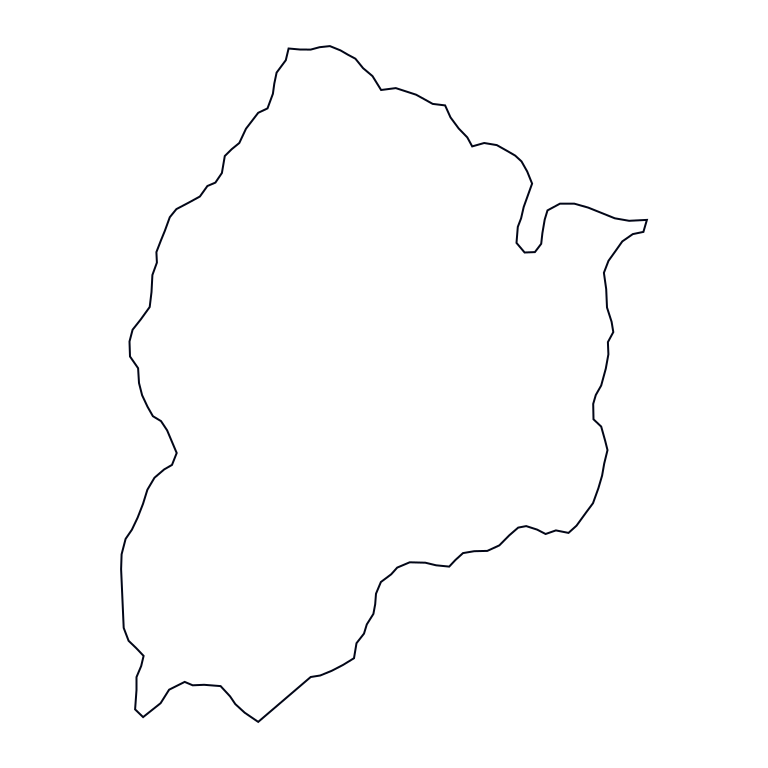 Santa Rosa de Viterbo, São Paulo, Brazil (Albers equal-area conic projection)
{"feature_id": "56859067B40365394318179", "entity_name": "Santa Rosa de Viterbo", "entity_type": "district", "adm_level": 2, "iso_a3": "BRA", "parent_name": "Brazil", "parent_adm1": "São Paulo", "projection": "albers", "projection_center": [-47.361, -21.505], "detail": "fine", "context": "isolated", "style": "outline", "palette": "ink", "viewbox_px": 768, "rotation_deg": 0, "n_neighbors": 0, "source": "geoboundaries", "source_scale": "gbopen_adm2", "svg_char_len": 2088}
<svg xmlns="http://www.w3.org/2000/svg" viewBox="0 0 768 768"><path d="M310.7,49.6L299.8,49.5L288.6,48.5L285.8,60.2L276.6,72.6L274.3,83.6L272.9,93.8L267.5,108.4L258.2,112.8L246.0,128.7L239.3,143.0L231.7,149.2L224.8,156.0L221.9,173.0L215.4,182.6L207.4,186.0L199.9,196.5L188.2,202.9L176.4,209.1L169.8,217.2L164.9,230.7L160.9,240.5L156.4,252.1L156.9,262.6L152.4,275.0L151.5,292.1L149.7,307.0L140.7,319.5L132.6,329.7L129.5,341.5L130.0,356.5L138.1,368.2L139.0,383.0L142.1,395.2L147.5,406.7L152.9,416.2L161.0,421.1L167.1,430.3L176.7,453.0L172.0,464.9L164.2,469.4L154.5,477.7L147.4,489.7L143.0,503.9L137.6,517.7L131.9,529.7L125.6,538.9L121.6,554.3L121.1,569.1L123.7,627.9L128.6,640.8L136.3,648.2L143.6,655.9L141.2,666.0L136.5,677.1L136.5,690.0L135.1,709.4L143.1,717.1L160.6,703.2L169.1,689.7L184.7,681.9L192.7,685.3L204.1,684.8L220.6,686.1L230.1,696.4L235.3,704.1L244.7,712.7L258.2,721.9L310.7,677.0L320.2,675.5L331.7,670.8L342.9,665.0L354.0,658.2L356.5,643.2L364.0,633.6L366.8,624.4L373.4,613.9L375.2,604.2L376.0,593.7L380.9,582.0L391.2,574.3L397.2,567.6L409.7,562.3L425.3,562.7L436.1,565.3L449.2,566.6L455.5,559.9L463.0,553.1L474.2,551.2L487.3,550.9L499.3,545.4L509.3,535.3L518.2,527.6L526.2,526.1L537.1,529.6L545.6,534.0L555.9,530.4L568.5,532.9L576.5,525.7L586.3,512.2L593.0,503.2L598.4,488.2L602.1,475.6L604.2,463.6L607.5,450.1L605.2,440.9L601.2,426.6L593.5,419.3L593.2,403.9L595.8,395.0L601.2,385.5L605.8,368.6L608.4,354.3L607.9,342.1L613.3,332.1L611.6,321.8L607.0,307.5L606.2,289.1L603.9,272.8L608.5,260.8L615.1,251.6L622.3,241.4L632.8,234.1L643.4,231.9L646.9,219.9L629.1,220.8L614.8,218.3L588.2,207.6L574.4,203.7L559.9,203.7L547.5,210.4L544.7,219.6L542.4,233.1L541.2,243.8L534.9,252.1L524.6,252.5L516.5,242.9L517.8,226.9L521.1,218.3L523.7,207.0L532.1,183.6L527.2,171.5L521.5,161.4L515.2,155.6L507.1,150.9L496.8,145.1L484.2,143.0L472.2,146.4L467.3,137.4L458.7,128.5L450.5,117.4L445.1,105.4L432.7,103.9L416.1,94.7L407.5,91.9L395.8,88.1L381.1,90.0L372.5,76.1L363.1,68.2L355.4,58.7L347.9,54.7L340.5,50.4L329.9,46.1L319.6,47.2L310.7,49.6Z" fill="none" stroke="#020617" stroke-width="2"/></svg>